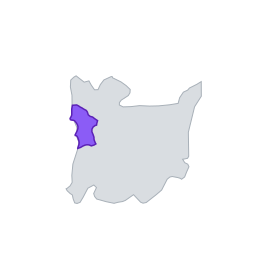 Bijelo Polje highlighted on a map of Montenegro, rotated 235°
{"feature_id": "MNE-1510", "entity_name": "Bijelo Polje", "entity_type": "Municipality", "adm_level": 1, "iso_a3": "MNE", "parent_name": "Montenegro", "parent_adm1": "", "projection": "orthographic", "projection_center": [19.735, 43.063], "detail": "fine", "context": "in_parent", "style": "filled", "palette": "violet", "viewbox_px": 256, "rotation_deg": 235, "n_neighbors": 0, "source": "natural_earth", "source_scale": "10m", "svg_char_len": 1930}
<svg xmlns="http://www.w3.org/2000/svg" viewBox="0 0 256 256"><g transform="rotate(235 128 128)"><path d="M113.7,42.4L113.5,43.7L113.8,47.4L115.5,51.1L121.4,54.8L130.1,62.2L140.4,75.8L145.1,79.8L149.4,80.8L157.7,86.4L163.5,87.7L170.0,89.3L187.0,100.9L194.6,104.3L200.1,108.6L200.7,112.8L200.5,115.4L190.7,118.4L189.0,123.0L184.2,122.5L178.5,122.5L176.6,125.4L179.4,130.2L181.2,135.8L179.8,143.5L179.3,144.5L177.9,144.2L169.8,148.7L163.8,150.8L158.3,151.9L155.7,149.8L154.4,146.8L154.7,138.4L153.7,135.5L151.8,134.1L148.1,136.1L143.8,142.7L139.7,150.3L133.6,158.2L128.6,165.7L123.2,175.3L119.4,183.2L123.2,187.7L125.6,193.9L124.8,198.6L125.5,201.3L124.3,209.5L124.0,214.6L112.0,206.3L107.2,194.7L89.9,175.0L70.0,161.5L69.0,159.4L70.1,156.8L71.1,154.8L67.0,154.6L64.1,156.2L61.3,155.7L58.3,150.7L55.4,146.3L55.3,142.5L56.7,142.0L58.7,140.5L62.9,136.4L63.8,134.2L63.6,130.8L57.9,120.0L57.2,113.1L56.5,100.2L57.8,97.2L60.0,95.8L70.2,94.3L70.2,84.3L70.9,81.3L72.9,77.2L74.3,73.4L80.0,68.0L87.8,61.6L91.1,61.4L94.0,62.3L97.3,68.0L100.9,67.3L101.7,60.6L97.1,51.7L94.6,46.1L95.4,43.0L97.2,41.4L101.3,42.4L105.1,44.0L107.6,43.0L111.5,42.2L113.7,42.4Z" fill="#d9dde1" stroke="#a8b0b8" stroke-width="1"/><path d="M140.1,75.1L140.3,75.2L142.6,78.3L143.9,79.5L145.5,80.3L148.8,81.3L150.4,81.5L151.4,81.2L152.0,80.5L152.6,80.6L154.8,84.6L156.2,86.5L157.8,87.8L159.5,88.4L162.0,88.6L164.6,88.4L165.5,87.8L167.2,86.0L167.9,85.6L168.9,85.9L169.5,86.8L169.9,87.8L170.5,88.8L171.2,89.6L175.8,92.8L178.4,95.4L178.5,95.5L176.3,99.2L174.4,100.2L172.0,101.1L171.4,101.6L169.1,102.5L166.3,103.9L164.5,103.9L161.6,103.0L159.2,103.7L157.3,105.3L154.9,106.0L151.5,107.3L149.7,105.1L148.4,103.9L148.9,102.5L148.8,99.9L147.7,97.8L145.7,96.3L142.2,95.5L139.9,94.8L139.3,94.3L137.6,93.4L134.7,92.7L133.4,92.6L133.5,90.5L134.4,87.7L136.5,86.4L137.8,84.8L138.6,83.0L139.1,80.6L139.3,78.0L140.1,75.1Z" fill="#8b5cf6" stroke="#5b21b6" stroke-width="1.5"/></g></svg>